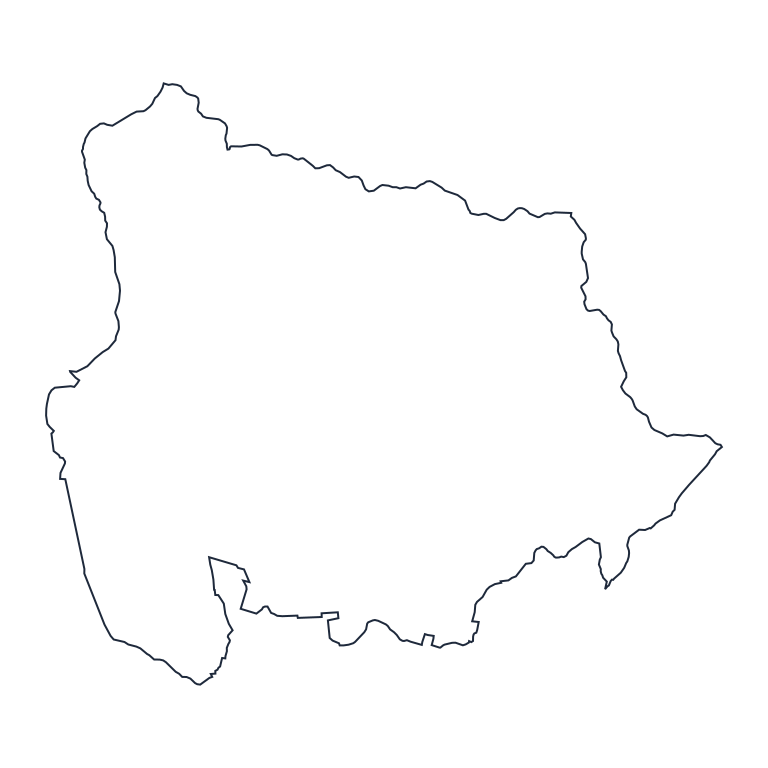 outline of Borod, Bihor, Romania
{"feature_id": "2599482B12708100552042", "entity_name": "Borod", "entity_type": "district", "adm_level": 2, "iso_a3": "ROU", "parent_name": "Romania", "parent_adm1": "Bihor", "projection": "mercator", "projection_center": [22.631, 47.019], "detail": "fine", "context": "isolated", "style": "outline", "palette": "slate", "viewbox_px": 768, "rotation_deg": 0, "n_neighbors": 0, "source": "geoboundaries", "source_scale": "gbopen_adm2", "svg_char_len": 6042}
<svg xmlns="http://www.w3.org/2000/svg" viewBox="0 0 768 768"><path d="M182.2,676.9L186.6,677.0L190.4,678.6L195.1,683.1L197.2,684.2L200.2,684.6L209.4,677.9L212.2,676.9L210.8,674.0L215.4,673.6L215.3,670.9L217.5,669.7L218.5,667.7L220.1,666.5L222.1,658.0L225.3,658.4L225.5,656.0L226.9,651.2L226.8,647.9L228.4,643.9L229.5,642.1L229.9,640.3L227.8,636.9L228.2,635.2L232.6,630.3L228.8,623.8L225.3,614.0L223.8,603.6L218.3,595.1L215.3,595.0L214.7,589.9L214.1,589.8L213.4,579.6L211.8,570.2L210.3,564.7L209.1,557.2L236.4,565.3L238.0,567.9L244.0,569.4L249.4,582.1L243.2,580.6L246.3,586.3L246.6,589.3L240.7,608.8L256.4,613.6L261.9,609.4L263.1,607.3L265.0,606.5L267.5,606.5L271.1,612.9L274.1,614.0L277.2,615.8L282.4,616.2L297.4,615.6L297.8,617.9L321.7,617.0L321.6,613.3L337.8,612.3L338.4,618.2L327.9,620.4L329.7,638.0L332.6,640.6L339.0,643.3L339.7,645.4L343.6,645.4L348.6,644.7L353.3,643.2L355.1,641.9L364.3,632.2L366.1,629.3L367.2,623.6L368.2,622.3L372.8,620.4L374.9,620.0L378.2,620.8L385.9,624.4L387.8,626.0L390.1,629.4L394.0,632.2L396.8,635.0L399.8,639.3L402.4,640.8L404.0,641.0L406.9,640.2L410.6,641.7L421.8,644.9L422.3,642.0L424.9,634.1L427.7,635.0L433.7,635.9L433.4,638.8L431.7,645.1L439.5,647.6L440.4,647.6L443.2,645.3L444.6,644.6L452.1,642.8L455.5,642.7L462.9,645.3L465.7,644.4L468.9,642.5L469.1,641.1L471.3,642.1L473.0,641.0L473.1,636.6L473.6,634.5L474.4,633.4L476.3,632.7L477.2,629.9L478.7,622.0L472.2,621.3L474.7,612.2L475.3,604.8L477.0,601.9L482.6,597.0L486.7,589.7L489.6,586.9L494.9,584.1L501.2,582.8L500.6,581.3L508.4,580.4L511.9,577.9L515.9,576.4L525.8,563.8L531.4,563.1L533.7,560.5L534.3,552.9L535.6,550.4L536.7,549.1L539.1,548.3L541.4,546.7L543.5,546.9L546.4,549.2L547.7,551.0L550.7,552.9L553.4,555.4L554.1,556.6L555.5,557.5L556.7,557.6L559.2,557.4L561.2,556.6L563.8,557.1L566.4,555.7L568.3,552.2L571.9,549.1L575.6,547.0L582.3,542.0L588.4,538.5L590.9,539.1L594.9,542.3L599.3,543.5L600.9,557.2L599.8,559.6L598.9,564.5L600.8,569.1L600.7,571.1L601.3,573.7L602.3,575.2L603.1,577.7L606.8,581.6L605.1,589.2L607.4,586.4L608.9,585.4L610.7,581.0L612.0,579.6L613.2,579.8L614.1,578.6L620.8,572.7L624.2,567.8L626.2,563.0L627.3,561.4L628.7,556.9L629.1,553.1L628.9,550.5L627.3,546.0L627.3,544.7L629.2,537.6L630.2,536.4L639.1,529.7L645.1,530.0L649.8,528.0L650.7,528.4L654.2,525.3L655.5,523.6L659.9,520.4L671.2,515.2L672.7,511.7L674.6,509.8L675.1,503.7L678.9,497.3L681.8,493.3L689.1,484.8L706.6,465.8L709.2,462.2L709.9,460.5L715.0,454.3L716.7,451.2L721.9,447.0L720.5,444.8L717.6,444.3L715.3,443.2L709.9,437.4L705.8,435.0L703.2,436.0L700.1,436.2L688.7,434.8L683.5,435.6L673.6,434.6L667.2,436.4L662.3,433.4L654.4,430.0L651.5,427.5L649.0,421.7L647.9,417.4L647.0,416.0L645.6,414.8L643.0,413.8L636.7,409.3L634.8,406.5L632.6,400.4L631.7,398.9L630.3,397.2L625.4,393.5L622.9,390.2L621.1,386.8L623.8,381.2L626.3,377.3L626.2,372.8L625.0,371.0L621.1,360.2L620.0,356.1L618.6,353.3L617.9,350.9L618.4,344.4L617.8,341.5L616.4,339.3L613.6,336.4L612.0,332.5L611.4,330.6L611.9,324.4L610.7,321.9L608.5,320.3L607.0,318.4L605.9,316.2L603.5,314.6L600.7,311.2L599.1,309.9L597.2,309.7L589.7,311.0L588.0,310.6L586.5,309.2L584.5,304.2L584.2,301.7L585.6,299.3L585.5,296.3L581.2,287.7L581.4,286.0L586.3,281.9L588.0,278.1L585.9,263.9L585.3,262.2L583.0,259.4L581.7,253.6L581.7,251.7L582.2,246.5L583.7,242.2L585.8,239.7L585.9,238.3L585.1,234.2L580.1,228.6L576.1,222.9L574.4,219.8L570.8,216.5L571.3,213.0L554.8,212.4L550.8,213.7L547.4,213.4L544.8,213.9L539.6,217.0L537.9,217.2L529.5,213.6L527.5,211.2L524.2,209.0L521.9,208.2L519.7,208.1L517.8,208.5L515.8,209.8L513.7,212.2L506.2,218.8L503.8,220.1L500.4,220.1L494.8,218.0L486.2,213.8L483.8,213.8L478.4,215.0L471.8,213.7L470.4,213.0L469.6,210.8L468.5,209.6L465.1,200.6L457.5,195.0L444.8,190.6L441.6,187.6L432.3,181.9L429.9,181.1L426.6,181.5L423.6,183.6L420.6,184.7L415.6,188.3L405.9,187.2L400.0,188.5L396.4,187.2L392.7,187.2L388.6,185.7L382.4,185.0L380.1,186.0L373.8,190.7L368.8,191.4L365.4,189.2L363.6,185.5L361.8,180.5L358.5,177.0L354.2,176.5L348.7,177.8L346.0,176.7L340.0,172.1L335.7,170.2L333.1,167.4L330.0,165.1L326.9,165.3L319.1,168.2L315.3,168.3L312.8,165.8L303.8,158.7L302.8,158.3L300.6,158.6L298.8,159.5L297.6,159.5L294.3,158.2L291.0,155.9L287.0,154.5L282.4,154.3L276.7,155.8L272.4,155.1L271.6,154.7L269.0,150.5L267.4,149.1L259.7,145.3L257.6,144.8L250.1,144.9L241.5,146.5L231.1,146.3L229.9,147.3L229.7,148.9L229.2,149.4L227.5,149.6L226.9,147.1L226.8,143.7L225.5,140.6L225.3,138.7L225.8,135.2L226.5,133.6L227.1,127.8L226.6,126.2L225.0,123.4L219.8,119.8L218.3,119.2L206.4,117.8L202.9,116.4L201.1,113.7L198.3,111.5L197.7,110.2L197.5,108.9L198.7,102.7L198.2,98.6L197.5,97.6L195.4,96.1L190.2,94.8L186.7,93.3L184.0,90.9L180.9,86.4L177.1,84.9L172.3,84.2L168.6,84.9L163.7,83.4L162.6,87.5L160.5,91.7L157.4,96.1L155.0,98.0L152.3,103.8L150.0,106.5L145.5,110.2L143.5,111.2L136.6,111.6L131.2,114.3L112.4,125.7L107.2,124.8L103.9,123.4L100.1,123.8L97.2,126.1L92.4,129.0L89.9,131.2L85.5,138.4L84.5,142.6L83.8,143.8L83.0,147.0L83.0,148.9L82.0,150.7L82.0,151.7L84.8,159.6L84.3,162.8L85.2,167.7L86.4,170.1L86.3,174.0L87.4,176.7L87.7,180.8L88.6,185.0L91.6,191.3L94.2,193.7L95.2,196.8L96.3,198.6L98.9,199.8L100.5,202.4L100.4,203.5L99.5,205.4L99.3,207.3L99.9,209.6L101.7,211.3L104.2,212.8L105.1,216.7L105.2,220.6L107.0,223.3L106.9,226.8L105.5,232.2L106.9,239.2L112.4,245.9L113.6,250.1L114.8,257.2L115.2,272.0L119.4,284.2L120.0,290.7L119.0,301.1L115.3,312.1L115.5,313.6L118.4,321.1L118.9,327.2L118.7,329.6L116.0,336.3L115.5,340.2L108.4,348.6L102.7,352.1L94.8,358.5L87.4,366.2L76.5,371.8L70.0,371.1L70.2,371.9L75.6,377.7L79.2,380.3L77.2,383.4L74.3,386.9L70.8,386.2L54.8,387.7L51.5,390.3L49.0,394.4L46.9,404.1L46.3,408.7L46.1,415.6L47.4,424.0L49.7,426.9L53.8,430.9L52.8,432.4L51.4,433.6L53.7,451.1L58.9,455.1L60.0,457.5L63.0,458.1L65.1,461.5L64.9,463.5L60.5,472.9L60.1,478.9L65.3,479.2L84.4,569.0L84.3,573.5L104.5,624.6L110.6,635.9L113.7,639.5L124.5,642.0L128.3,644.5L136.4,646.6L140.4,648.4L147.1,654.0L149.3,655.2L154.1,659.5L159.7,659.6L163.2,660.4L165.9,662.2L175.7,671.8L179.2,673.8L182.2,676.9Z" fill="none" stroke="#1e293b" stroke-width="2"/></svg>